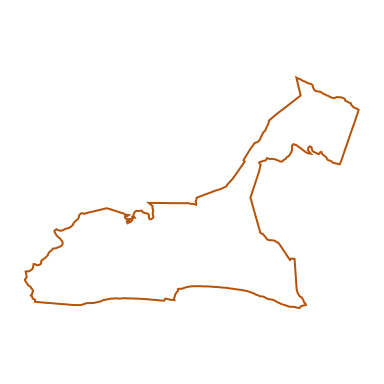 the district of Ilhéus, Bahia, Brazil, rotated 95°
{"feature_id": "56859067B42691950323680", "entity_name": "Ilhéus", "entity_type": "district", "adm_level": 2, "iso_a3": "BRA", "parent_name": "Brazil", "parent_adm1": "Bahia", "projection": "albers", "projection_center": [-39.201, -14.766], "detail": "fine", "context": "isolated", "style": "outline", "palette": "amber", "viewbox_px": 384, "rotation_deg": 95, "n_neighbors": 0, "source": "geoboundaries", "source_scale": "gbopen_adm2", "svg_char_len": 5616}
<svg xmlns="http://www.w3.org/2000/svg" viewBox="0 0 384 384"><g transform="rotate(95 192 192)"><path d="M95.6,33.2L94.8,34.7L94.2,36.4L93.6,38.5L92.5,39.3L91.5,40.9L89.5,41.7L89.2,43.7L88.2,45.6L87.8,47.2L86.2,47.7L85.3,49.3L84.9,50.6L84.7,52.3L84.8,54.2L84.8,56.1L85.6,57.5L86.2,58.9L85.9,60.3L85.6,62.0L84.5,64.3L84.0,66.2L83.3,67.8L82.8,69.6L81.6,71.6L80.9,73.3L80.9,75.3L80.7,77.1L80.2,78.5L79.0,79.4L77.9,80.2L76.6,80.9L75.2,81.1L74.2,82.4L73.8,83.7L73.6,86.0L72.1,89.1L71.7,91.1L70.9,92.5L70.1,94.3L69.7,96.2L68.9,98.0L86.4,92.2L99.1,105.8L107.2,114.8L114.2,121.6L115.8,121.6L118.0,122.1L120.1,123.0L122.0,123.6L124.1,124.2L125.5,125.4L126.8,126.4L128.7,127.0L130.4,127.7L131.7,128.3L133.4,128.7L135.0,129.7L136.3,130.8L137.1,132.2L137.6,133.7L143.3,137.2L144.8,138.0L155.8,143.5L157.0,142.1L175.3,152.6L181.8,157.7L183.5,158.3L186.4,163.4L188.8,169.2L192.0,175.8L193.0,178.0L197.3,186.9L199.4,187.0L201.2,187.6L202.7,186.8L204.4,186.8L203.8,189.0L203.8,190.9L203.9,192.8L203.4,194.8L203.7,197.1L204.0,200.8L204.3,203.7L206.6,234.2L209.6,229.9L211.3,230.1L212.6,229.5L213.9,229.1L215.7,229.3L217.6,229.1L219.1,228.7L220.8,228.3L222.5,230.0L222.9,231.6L221.7,232.6L220.1,233.0L218.7,232.9L217.5,233.9L216.6,239.1L214.9,240.6L215.6,243.2L215.6,245.7L216.7,247.1L218.9,248.2L220.8,248.2L222.4,247.0L222.0,249.3L223.5,248.5L224.3,249.7L225.7,249.2L227.1,250.5L228.1,252.5L228.8,253.6L226.9,254.4L225.8,252.2L224.3,251.4L224.6,252.9L224.5,255.3L223.1,256.7L221.9,256.5L221.8,254.6L220.5,253.0L220.4,254.7L220.4,256.8L219.3,258.2L218.9,260.8L216.2,272.2L215.6,275.5L221.5,293.3L222.1,294.9L223.1,297.8L222.7,299.1L223.1,300.9L225.0,302.4L227.2,302.6L229.0,303.3L230.3,304.8L232.0,306.3L233.6,307.4L235.0,307.6L236.1,308.7L237.3,309.8L238.6,311.6L239.3,313.8L240.0,315.3L240.8,316.5L241.8,318.1L242.1,320.4L240.9,323.8L242.7,325.7L244.0,325.3L245.3,324.4L246.7,323.4L247.9,322.1L249.1,320.7L250.0,319.1L251.0,318.4L252.2,317.3L253.3,316.6L254.8,316.3L256.3,316.8L257.4,317.8L258.4,319.7L259.5,322.0L260.3,323.9L260.5,325.7L261.7,326.4L262.9,327.4L264.2,328.8L265.4,329.6L267.3,330.0L268.5,330.9L269.7,331.9L270.8,333.0L271.8,333.9L272.7,335.3L274.3,336.3L276.0,336.0L277.3,336.7L278.0,338.3L278.5,340.0L277.7,341.7L277.6,343.5L279.7,343.7L281.7,343.9L283.1,344.7L284.0,345.9L285.3,347.5L285.3,349.6L285.8,350.8L287.8,350.1L289.7,349.7L291.4,349.3L292.5,350.0L293.7,350.8L294.9,350.5L296.1,349.5L297.7,348.2L299.3,347.0L300.3,344.9L302.1,343.4L303.7,342.0L305.2,341.7L306.4,342.4L307.8,342.5L309.1,343.5L310.1,342.1L312.0,341.5L313.0,338.9L315.0,339.0L315.0,336.7L315.1,335.4L315.1,333.3L315.1,331.1L315.1,328.6L315.1,326.3L315.0,324.6L315.0,323.0L315.0,320.5L315.0,318.6L315.0,316.9L315.0,314.6L315.0,312.7L314.9,311.1L314.9,309.7L314.9,308.0L315.0,305.9L314.9,304.0L314.9,301.7L314.9,299.7L314.7,297.8L314.6,295.6L314.4,293.6L313.9,291.9L313.5,290.6L312.8,289.5L312.1,287.8L311.7,285.9L311.6,284.1L311.3,282.0L311.0,279.8L310.3,277.7L309.8,276.3L309.4,274.8L308.7,272.8L307.4,271.1L306.9,268.8L306.4,267.5L306.0,265.9L305.3,263.5L305.0,261.2L304.7,259.2L304.5,257.2L304.5,254.9L304.3,253.4L304.0,252.1L303.7,250.5L303.7,248.3L303.5,246.0L303.3,243.4L303.2,240.9L303.1,238.2L302.9,236.1L302.9,234.7L302.9,232.8L302.8,231.0L302.8,229.5L302.7,227.6L302.7,225.0L302.8,222.9L302.8,221.6L302.7,219.7L302.7,217.4L302.8,215.0L302.8,213.2L302.6,210.2L300.5,209.3L300.7,207.1L301.1,205.0L301.2,203.7L301.2,202.1L301.2,200.1L299.5,200.6L297.9,200.1L295.7,199.9L294.3,199.1L292.9,198.3L291.5,197.3L290.1,197.6L289.4,196.1L289.4,194.0L288.6,192.3L287.8,190.5L287.1,188.6L286.5,186.5L286.1,184.7L285.8,182.8L285.6,181.2L285.5,179.8L285.3,177.6L285.1,175.3L285.0,173.6L285.0,171.9L284.8,169.9L284.7,168.0L284.6,166.2L284.6,164.0L284.6,161.8L284.5,159.1L284.5,156.7L284.5,154.5L284.5,152.3L284.5,150.6L284.5,149.1L284.6,147.6L284.7,146.1L284.8,144.5L284.8,143.1L285.0,140.9L285.1,138.5L285.2,136.9L285.2,135.4L285.3,134.1L285.5,132.1L285.7,130.2L286.0,128.0L286.6,125.4L287.2,123.3L287.8,121.2L288.7,119.4L289.2,117.0L290.0,115.1L289.9,113.0L290.1,111.3L291.0,109.4L291.6,108.1L292.1,106.2L292.1,103.9L292.3,101.8L292.9,100.4L293.5,99.0L294.4,97.4L295.0,95.1L295.7,93.6L296.2,91.7L296.5,89.7L296.9,88.4L297.3,86.6L297.9,84.7L297.6,83.1L297.6,81.3L297.6,79.6L298.0,77.9L298.2,76.3L298.0,74.6L296.2,73.4L295.3,70.9L294.7,68.7L293.5,69.1L292.3,70.6L291.0,71.2L289.2,72.2L287.4,73.5L286.9,75.1L285.7,76.4L284.6,77.1L283.1,78.0L281.3,78.8L279.6,79.3L249.7,84.0L249.7,85.4L249.7,87.5L251.2,88.5L235.9,100.7L235.0,101.7L234.7,103.3L233.4,105.1L233.1,107.4L233.2,109.0L233.2,111.3L232.6,113.2L231.1,114.4L229.6,115.8L227.6,117.8L226.9,120.3L205.5,128.4L195.1,132.3L192.6,133.3L165.8,127.0L163.5,126.7L160.9,126.3L159.1,125.9L158.0,126.9L156.9,127.7L156.1,126.6L155.4,124.9L154.6,123.3L154.4,121.8L153.1,120.7L151.7,120.3L152.0,118.8L152.4,117.1L152.0,115.8L152.1,113.6L152.2,111.6L152.9,110.3L153.0,108.9L153.7,107.4L154.0,105.9L153.5,104.5L152.1,103.4L150.6,101.3L148.9,100.5L148.0,98.9L146.2,97.7L144.4,96.9L142.6,96.2L140.7,96.1L138.6,96.3L137.1,96.3L135.5,95.2L136.0,93.2L136.4,91.7L137.4,90.2L138.2,89.1L138.8,87.4L140.0,86.1L140.9,84.6L141.5,83.5L142.5,81.9L143.3,79.9L143.4,78.3L143.5,76.9L141.9,78.5L140.2,80.1L137.7,80.0L136.2,78.5L137.3,76.6L139.1,76.3L140.6,75.5L141.6,73.9L142.2,71.8L143.3,69.7L142.8,68.5L141.3,67.9L140.8,66.6L142.5,65.9L143.6,64.5L144.6,62.9L146.0,61.0L147.4,60.4L148.5,59.1L148.7,57.1L149.3,55.9L150.7,53.7L150.9,52.0L151.2,49.4L151.6,47.3L148.1,46.1L138.4,43.7L134.7,42.8L123.9,40.1L121.9,39.6L116.8,38.3L113.2,37.4L108.6,36.2L97.5,33.5L95.6,33.2Z" fill="none" stroke="#b45309" stroke-width="2"/></g></svg>